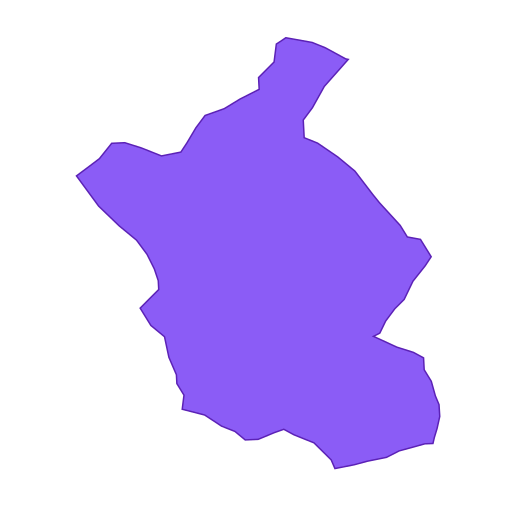 Kophung, Chagang-do, North Korea, rotated 267°
{"feature_id": "82179303B51910076802628", "entity_name": "Kophung", "entity_type": "district", "adm_level": 2, "iso_a3": "PRK", "parent_name": "North Korea", "parent_adm1": "Chagang-do", "projection": "mercator", "projection_center": [125.859, 40.575], "detail": "fine", "context": "isolated", "style": "filled", "palette": "violet", "viewbox_px": 512, "rotation_deg": 267, "n_neighbors": 0, "source": "geoboundaries", "source_scale": "gbopen_adm2", "svg_char_len": 1226}
<svg xmlns="http://www.w3.org/2000/svg" viewBox="0 0 512 512"><g transform="rotate(267 256 256)"><path d="M106.8,174.3L99.9,196.4L87.9,212.7L81.9,225.8L72.9,235.6L72.8,248.6L78.6,264.9L81.5,274.7L75.5,284.5L69.4,297.6L66.4,304.1L48.5,320.4L39.6,323.7L42.4,343.2L45.2,356.2L48.1,375.8L53.9,388.8L56.7,401.8L59.6,414.8L59.5,422.9L65.4,424.6L74.3,427.8L86.1,431.1L98.0,431.0L106.9,427.8L121.7,424.5L133.6,418.0L145.5,418.0L151.5,408.2L157.6,391.9L169.6,369.1L172.5,375.6L184.3,382.1L196.1,391.9L204.9,401.7L222.6,411.4L237.3,424.4L246.1,430.9L264.0,421.1L267.1,408.1L279.0,401.6L290.9,391.8L302.8,382.0L311.8,375.5L335.6,359.2L350.6,342.9L365.5,323.4L371.6,310.3L389.3,310.3L401.1,320.1L421.8,333.1L447.5,358.4L448.2,355.8L460.2,336.3L466.3,323.3L472.4,297.2L468.2,290.2L466.6,287.4L448.8,284.2L434.1,267.9L422.3,267.9L413.6,248.3L404.8,232.0L399.0,212.5L387.2,202.7L372.5,192.9L363.7,186.4L360.9,166.8L369.9,147.2L376.0,130.9L376.1,117.8L361.4,104.7L352.6,91.7L345.4,80.9L314.0,101.5L293.1,121.1L278.1,137.5L263.3,147.3L248.4,153.8L236.5,157.1L227.6,157.1L218.8,147.3L210.0,137.6L192.1,147.4L180.2,160.4L159.4,163.7L141.6,170.3L132.7,170.3L120.8,176.8L106.8,174.3Z" fill="#8b5cf6" stroke="#5b21b6" stroke-width="1.5"/></g></svg>